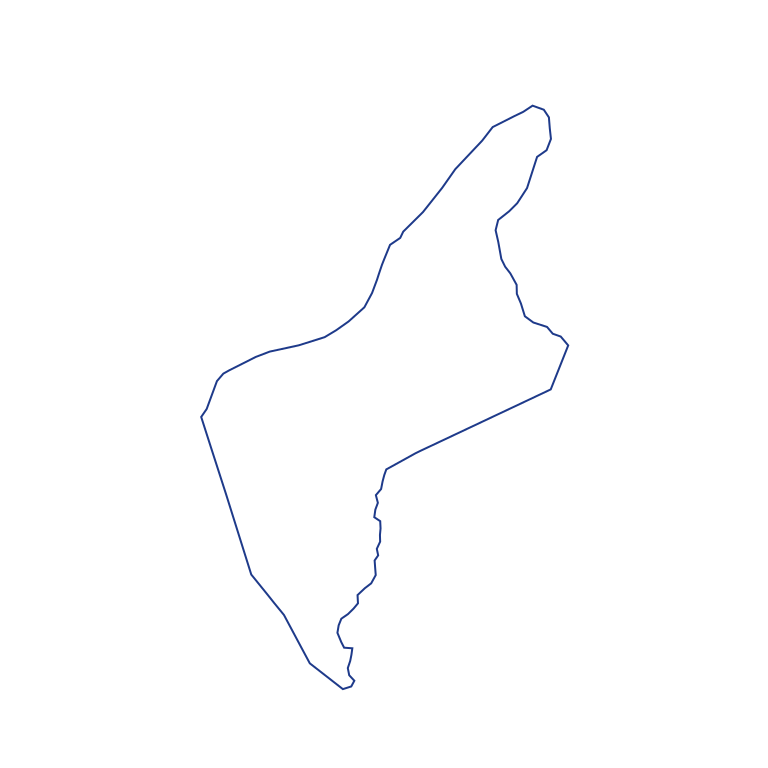 outline of Porto, Piauí, Brazil, rotated 14°
{"feature_id": "56859067B55795735000748", "entity_name": "Porto", "entity_type": "district", "adm_level": 2, "iso_a3": "BRA", "parent_name": "Brazil", "parent_adm1": "Piauí", "projection": "mercator", "projection_center": [-42.697, -3.945], "detail": "fine", "context": "isolated", "style": "outline", "palette": "blue", "viewbox_px": 768, "rotation_deg": 14, "n_neighbors": 0, "source": "geoboundaries", "source_scale": "gbopen_adm2", "svg_char_len": 1371}
<svg xmlns="http://www.w3.org/2000/svg" viewBox="0 0 768 768"><g transform="rotate(14 384 384)"><path d="M354.0,262.8L353.2,268.8L352.4,278.5L352.0,284.5L350.4,298.6L346.4,314.3L334.5,331.9L324.5,343.5L315.1,352.9L291.9,367.1L265.3,380.2L253.1,388.7L230.6,408.1L225.6,412.8L221.2,421.6L218.0,451.1L214.6,460.2L231.2,487.0L257.5,529.3L301.3,601.0L322.4,616.9L330.2,622.9L342.8,632.3L368.0,660.2L379.6,673.0L417.9,690.0L425.4,685.4L427.0,679.1L420.7,675.0L417.6,668.4L418.2,660.9L417.9,654.6L417.2,648.1L409.1,649.5L405.0,644.8L399.0,636.7L398.4,629.1L399.4,622.0L404.7,616.0L408.8,609.3L411.8,603.1L409.4,595.2L414.8,586.8L419.8,580.5L422.2,571.4L419.8,564.2L417.6,557.5L419.8,551.7L416.9,545.7L418.4,537.9L416.6,531.5L415.6,525.0L413.5,518.0L406.8,515.6L406.0,508.0L406.8,500.8L403.0,493.8L406.6,486.6L406.2,478.8L406.3,472.2L406.9,466.3L431.2,443.7L435.7,439.9L524.6,367.3L547.1,348.9L553.4,302.0L544.0,295.2L535.6,294.4L528.4,289.2L514.0,288.2L504.3,284.2L497.4,272.8L491.1,264.4L488.7,255.7L479.8,246.1L473.2,240.9L467.6,234.3L460.5,218.5L455.1,207.8L455.1,197.2L463.6,186.2L469.5,176.4L475.4,159.3L477.6,126.6L485.2,117.8L486.7,105.8L483.0,95.8L479.5,85.4L472.7,79.2L460.8,78.0L453.3,86.2L445.6,92.6L427.3,108.4L420.4,124.1L401.2,158.3L393.0,179.6L380.2,207.8L365.8,231.5L364.4,238.3L356.2,247.5L354.0,262.8Z" fill="none" stroke="#1e3a8a" stroke-width="2"/></g></svg>